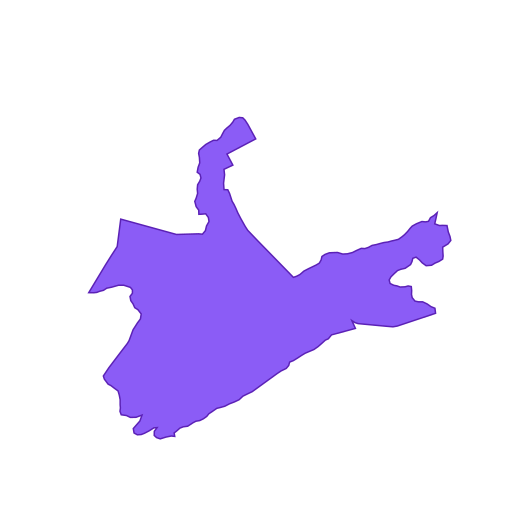 outline of Patos, Paraíba, Brazil, rotated 157°
{"feature_id": "56859067B38677350755307", "entity_name": "Patos", "entity_type": "district", "adm_level": 2, "iso_a3": "BRA", "parent_name": "Brazil", "parent_adm1": "Paraíba", "projection": "orthographic", "projection_center": [-37.346, -7.03], "detail": "fine", "context": "isolated", "style": "filled", "palette": "violet", "viewbox_px": 512, "rotation_deg": 157, "n_neighbors": 0, "source": "geoboundaries", "source_scale": "gbopen_adm2", "svg_char_len": 3208}
<svg xmlns="http://www.w3.org/2000/svg" viewBox="0 0 512 512"><g transform="rotate(157 256 256)"><path d="M424.3,287.6L419.8,285.6L416.8,284.7L413.7,284.6L409.8,284.0L406.0,284.7L401.1,283.7L394.0,282.8L389.2,280.8L383.9,276.2L383.0,273.1L384.3,270.0L387.8,268.0L388.7,263.8L387.9,260.1L387.8,255.8L385.7,252.8L384.3,247.5L387.0,243.2L391.3,240.7L394.2,238.7L397.9,236.2L405.9,227.7L408.5,225.8L419.1,219.8L435.0,210.7L443.4,205.2L443.7,201.9L442.2,195.8L440.1,193.3L438.2,189.9L435.7,185.7L436.2,181.4L437.2,176.8L439.2,172.1L440.2,169.1L441.9,166.2L442.1,162.5L437.6,159.8L434.7,156.5L429.4,154.4L423.1,154.1L427.3,149.5L436.4,145.1L437.4,140.7L435.1,137.8L431.4,136.5L427.9,136.4L422.8,136.8L417.1,137.7L414.1,136.7L418.1,134.4L419.8,130.6L418.5,127.7L415.6,125.1L409.6,124.5L404.3,123.4L401.3,121.7L400.5,125.1L397.5,125.9L393.3,127.3L389.7,127.2L385.4,126.0L379.3,127.1L375.9,127.4L372.1,126.5L368.1,126.7L364.0,127.6L361.1,129.2L356.8,130.0L351.6,131.1L348.1,130.5L343.4,129.9L338.1,130.3L333.0,130.1L327.7,130.3L322.8,132.1L317.6,132.4L312.5,132.6L307.3,133.8L282.6,139.5L277.9,140.4L272.1,140.7L268.7,142.4L266.5,145.2L262.5,145.1L257.3,145.9L252.9,146.7L248.7,147.3L243.0,147.3L239.2,147.3L234.4,148.3L229.2,150.0L225.0,151.5L221.8,151.5L217.3,153.9L192.8,150.5L193.0,159.1L190.9,156.0L188.5,153.9L163.3,140.3L157.6,137.3L153.3,136.3L113.1,133.1L111.7,138.0L114.7,141.0L117.2,145.0L120.5,148.7L124.3,150.3L127.3,152.4L128.5,156.6L127.9,159.8L126.2,163.4L125.0,167.2L127.7,169.0L130.8,169.4L135.4,171.1L137.9,173.4L140.6,175.2L143.3,178.3L142.8,181.9L139.9,184.1L135.6,185.8L131.4,187.3L127.9,187.2L123.5,186.4L120.5,187.0L117.1,187.7L114.6,189.9L112.6,192.6L109.1,192.4L107.0,188.5L105.7,184.8L103.2,180.6L98.0,178.9L94.0,179.5L89.8,179.5L85.4,180.2L83.8,182.8L82.4,186.8L80.7,191.2L74.5,192.1L70.6,194.2L69.8,198.2L69.6,203.0L68.3,209.4L72.3,211.3L75.3,212.4L78.9,215.8L75.7,220.2L72.3,225.1L76.3,223.7L80.4,223.1L83.7,220.5L86.7,221.2L89.8,222.9L95.7,223.0L100.5,222.5L103.4,221.2L106.9,219.3L110.9,217.6L114.3,216.6L118.4,215.7L122.3,216.3L125.6,216.9L129.0,217.3L132.9,218.4L136.8,219.0L140.7,219.5L145.0,220.4L149.2,220.0L152.9,220.3L156.1,221.9L161.5,221.8L165.8,221.5L171.0,222.3L175.4,223.9L179.6,227.4L183.2,228.8L187.3,230.3L191.8,230.5L195.5,229.8L197.6,226.9L200.5,224.7L204.1,224.2L208.2,224.0L212.6,223.8L217.8,223.4L222.7,221.8L226.4,221.5L229.9,221.7L248.5,269.4L253.6,282.9L254.4,287.5L255.4,296.6L255.9,303.0L255.9,307.4L256.1,312.1L256.6,315.7L255.9,323.9L256.1,328.0L259.5,329.6L257.4,335.7L253.2,343.0L251.6,348.3L241.8,348.7L242.9,361.2L210.5,363.9L212.1,380.3L213.0,385.4L214.2,388.4L217.3,390.1L222.4,390.3L224.9,388.4L228.8,386.4L232.8,385.2L236.0,384.0L238.4,382.1L242.0,379.1L246.7,377.6L249.8,379.1L253.6,378.9L258.6,378.3L262.5,377.1L266.7,375.7L268.7,372.9L269.6,368.8L271.4,363.7L274.6,360.3L277.4,356.1L275.6,353.0L276.2,349.3L278.6,346.8L281.9,344.4L284.0,340.5L285.3,336.4L288.5,332.6L291.0,330.2L291.8,324.8L290.8,320.6L292.3,316.7L289.0,315.5L285.8,314.5L284.8,310.1L285.8,306.1L289.8,303.0L292.7,299.1L296.8,297.0L300.1,298.8L320.8,306.9L366.1,342.8L380.1,318.9L389.0,312.9L397.9,306.7L424.3,287.6Z" fill="#8b5cf6" stroke="#5b21b6" stroke-width="1.5"/></g></svg>